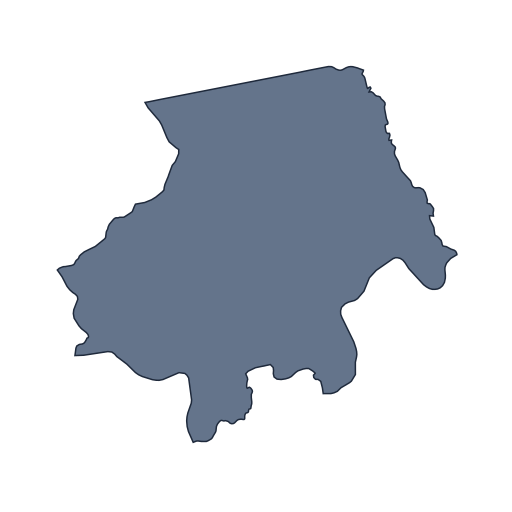 SVG path tracing the border of Uíge, rotated 350°
{"feature_id": "AGO-1881", "entity_name": "Uíge", "entity_type": "Province", "adm_level": 1, "iso_a3": "AGO", "parent_name": "Angola", "parent_adm1": "", "projection": "robinson", "projection_center": [15.52, -7.131], "detail": "fine", "context": "isolated", "style": "filled", "palette": "slate", "viewbox_px": 512, "rotation_deg": 350, "n_neighbors": 0, "source": "natural_earth", "source_scale": "10m", "svg_char_len": 5070}
<svg xmlns="http://www.w3.org/2000/svg" viewBox="0 0 512 512"><g transform="rotate(350 256 256)"><path d="M360.3,82.0L363.4,82.7L365.4,84.1L367.3,85.9L370.0,87.4L371.9,87.8L373.7,87.5L377.6,86.2L380.0,85.8L382.1,85.9L384.2,86.4L388.8,88.5L389.7,89.1L394.1,91.6L393.7,92.7L392.1,94.9L392.1,95.8L393.3,97.5L393.9,98.9L394.1,100.2L394.6,108.7L394.9,110.3L395.6,110.2L396.8,109.5L397.8,109.4L398.3,110.7L395.8,114.1L398.1,114.3L399.6,115.6L401.6,118.7L403.0,119.6L404.6,120.1L405.9,121.0L406.5,122.9L408.6,125.6L409.6,127.6L409.4,129.4L408.5,131.1L408.2,133.4L408.3,143.4L408.5,144.5L408.8,145.8L409.1,147.1L408.9,148.5L408.3,149.0L407.1,149.1L406.1,149.5L405.6,150.9L405.6,156.1L405.8,156.6L406.5,157.9L407.3,158.4L408.0,158.2L408.7,158.4L408.9,160.2L408.2,162.0L407.1,163.9L407.1,165.2L409.7,165.3L409.0,167.3L409.0,168.8L409.8,170.1L411.0,171.4L412.1,173.0L412.0,174.3L410.5,177.1L410.1,179.5L410.5,181.7L412.2,186.3L412.8,188.7L413.1,193.7L413.6,196.1L414.6,198.3L421.2,208.8L421.6,210.8L421.8,212.8L422.3,214.6L423.7,216.1L425.0,216.6L427.9,216.9L429.3,217.3L432.2,219.6L433.6,222.9L434.5,230.7L434.2,231.3L433.8,232.5L433.8,233.8L434.9,234.4L436.3,234.7L437.0,235.6L437.5,236.7L438.1,237.7L439.1,240.1L438.7,242.2L437.8,244.6L437.7,247.5L433.9,246.4L433.6,249.8L436.1,258.7L435.8,266.0L436.4,267.1L437.6,267.9L439.1,269.7L441.0,272.8L441.3,275.0L441.3,277.1L441.9,278.7L445.1,279.8L449.1,283.0L452.2,284.7L453.5,286.1L454.1,288.2L454.1,289.6L453.8,289.7L447.3,292.2L442.7,295.8L441.4,297.6L440.1,300.1L439.6,302.6L439.2,307.7L438.6,310.7L437.0,314.7L434.6,317.6L431.9,319.3L429.2,320.0L426.4,319.9L423.8,319.4L421.1,318.1L418.5,316.0L416.0,313.3L404.3,294.9L401.6,288.4L399.9,285.5L397.6,283.4L395.1,282.3L393.1,281.9L390.5,282.4L371.9,291.0L363.8,297.2L356.2,309.4L348.6,315.6L345.4,316.9L339.0,317.5L335.4,318.6L331.3,321.4L329.8,324.7L329.3,328.1L329.9,331.4L337.4,357.5L338.4,364.3L338.5,367.6L338.2,370.5L337.5,372.8L335.4,377.9L333.3,390.0L328.2,395.8L326.1,397.0L316.8,400.5L312.6,403.4L309.0,404.3L305.9,404.5L298.3,403.2L298.5,397.3L298.0,390.7L295.7,388.3L293.2,387.8L291.8,385.7L291.9,383.3L293.8,381.9L293.9,381.7L293.5,381.0L291.7,378.9L288.8,376.3L288.2,375.9L285.8,375.5L282.8,375.5L277.3,376.4L274.8,377.6L269.9,380.8L267.1,381.7L263.7,382.1L259.3,382.0L255.3,380.9L252.8,378.3L252.6,374.9L253.4,371.8L253.6,368.8L251.3,365.4L249.1,365.5L236.1,365.9L228.2,368.1L225.4,370.2L226.4,374.5L226.3,376.4L225.9,377.0L224.9,379.5L224.2,382.5L224.1,383.9L224.4,384.7L225.0,384.6L226.1,384.2L226.7,384.1L227.3,384.6L228.0,385.4L228.8,387.1L229.0,388.1L228.9,388.9L228.3,390.1L227.4,391.3L226.8,394.5L226.5,399.0L226.1,400.9L225.5,402.1L225.2,402.8L224.6,404.6L224.3,405.3L223.8,405.5L223.2,405.5L222.7,405.6L222.4,405.7L221.7,407.2L221.5,408.1L221.1,408.5L220.5,408.8L219.4,408.8L218.6,409.1L217.8,410.0L217.4,410.8L217.1,411.6L216.7,414.0L216.4,414.6L215.9,414.9L215.0,414.8L213.6,414.3L213.0,414.1L210.7,414.0L209.7,414.2L208.6,414.7L205.9,416.6L204.9,417.0L204.1,417.1L202.8,416.9L202.0,416.5L201.4,416.1L201.0,415.6L200.6,415.1L200.3,414.5L199.8,414.1L198.7,413.5L197.5,412.9L196.8,412.8L195.9,412.9L195.2,412.7L194.1,412.1L193.5,411.9L192.8,411.9L191.9,412.3L190.9,413.0L189.1,414.6L188.2,415.8L187.4,417.1L186.2,421.3L185.4,422.6L183.8,424.4L181.9,426.7L181.6,427.2L180.8,427.9L180.3,428.3L177.1,429.5L175.1,430.0L173.6,429.8L169.8,429.1L166.9,428.1L165.2,427.9L161.8,428.6L159.0,417.1L158.6,412.0L159.1,406.3L160.1,402.5L161.6,398.8L166.7,389.7L167.6,386.6L168.5,364.4L167.3,361.4L165.6,359.3L159.9,357.5L142.9,361.5L139.0,361.6L136.1,361.0L132.5,359.8L123.2,355.0L119.8,352.6L117.0,349.8L110.0,340.0L101.5,330.9L99.8,328.0L97.3,325.5L93.5,324.4L69.1,323.8L60.4,322.6L62.7,315.4L63.9,313.5L66.4,312.5L67.1,312.4L69.6,312.5L71.1,312.1L71.9,311.6L72.5,311.1L74.5,308.8L75.2,307.6L76.7,307.2L77.1,306.2L77.1,305.6L76.9,304.1L75.6,301.9L71.4,297.2L69.5,294.0L66.1,285.7L66.1,281.0L67.2,277.3L73.0,267.7L73.1,264.8L71.5,262.3L69.2,260.1L66.7,256.9L64.6,253.0L61.4,242.8L57.9,235.3L60.2,233.9L63.4,233.2L64.4,233.1L65.1,233.1L66.3,233.3L72.7,233.3L74.3,233.0L75.2,232.7L76.5,231.3L77.2,230.2L77.7,229.6L78.4,229.0L80.3,227.9L80.8,227.5L81.7,226.0L82.0,225.5L83.6,224.3L87.6,222.1L92.6,220.6L99.4,218.7L110.0,212.8L111.1,211.7L112.4,207.4L112.8,206.2L113.3,205.4L114.4,204.0L114.7,203.5L115.0,202.7L115.7,201.3L117.1,199.3L122.0,195.2L123.1,194.5L123.7,194.3L124.4,194.1L125.1,194.1L126.4,194.4L127.1,194.4L128.5,194.2L129.2,194.3L131.4,194.7L132.2,194.8L133.1,194.7L140.8,191.4L141.5,191.0L142.0,190.6L144.6,186.4L146.3,184.0L155.7,184.0L162.8,182.5L167.6,180.6L175.1,176.4L176.8,175.0L177.5,172.6L178.8,169.6L183.6,162.1L183.9,161.4L189.1,152.4L189.7,151.8L192.6,149.4L193.2,148.7L197.6,141.9L198.4,137.7L196.0,135.4L190.3,128.5L188.8,123.9L185.9,110.7L184.3,106.2L175.5,91.4L173.4,85.5L177.9,85.5L188.8,85.2L199.8,85.0L210.7,84.8L221.7,84.6L232.7,84.4L243.6,84.2L254.6,84.0L265.6,83.8L276.5,83.6L287.5,83.4L298.4,83.2L309.4,83.0L320.4,82.8L331.3,82.6L334.5,82.5L342.3,82.3L353.2,82.1L360.3,82.0Z" fill="#64748b" stroke="#1e293b" stroke-width="1.5"/></g></svg>